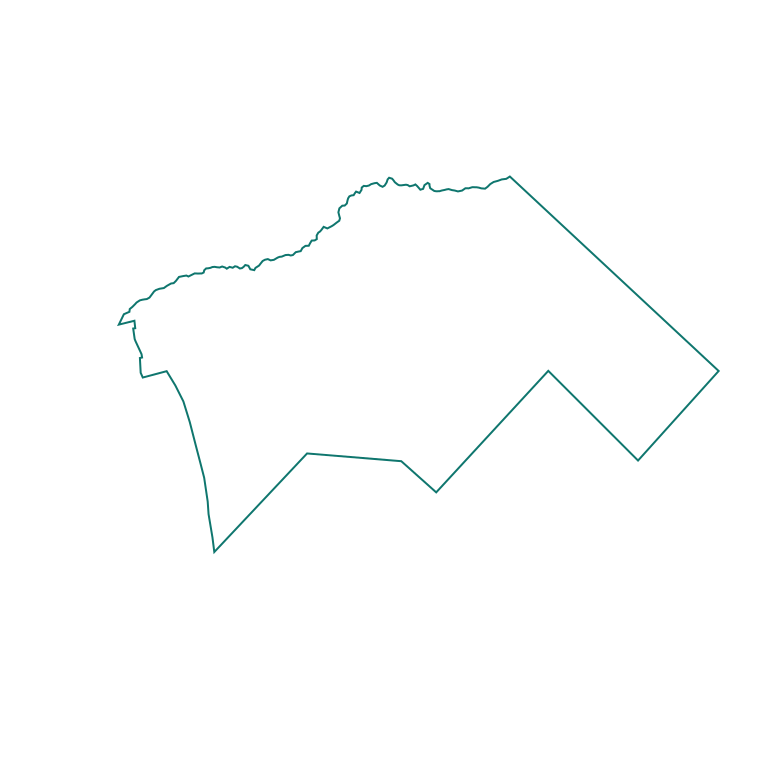 San Martín, Mendoza, Argentina, rotated 42°
{"feature_id": "61730980B45978264735485", "entity_name": "San Martín", "entity_type": "district", "adm_level": 2, "iso_a3": "ARG", "parent_name": "Argentina", "parent_adm1": "Mendoza", "projection": "equal_earth", "projection_center": [-68.452, -32.954], "detail": "fine", "context": "isolated", "style": "outline", "palette": "teal", "viewbox_px": 768, "rotation_deg": 42, "n_neighbors": 0, "source": "geoboundaries", "source_scale": "gbopen_adm2", "svg_char_len": 2469}
<svg xmlns="http://www.w3.org/2000/svg" viewBox="0 0 768 768"><g transform="rotate(42 384 384)"><path d="M624.0,270.9L624.0,150.4L338.7,145.6L337.6,149.7L334.6,153.2L332.7,156.8L330.3,160.5L329.2,164.3L329.0,168.2L328.4,171.2L325.4,173.5L323.1,174.6L321.1,175.9L317.9,178.7L316.0,181.9L313.5,184.1L312.6,188.0L310.1,191.4L307.1,192.9L304.8,194.4L303.3,195.1L301.6,195.9L300.3,197.5L299.2,199.2L297.5,201.5L296.3,203.5L293.9,205.8L292.2,206.9L287.4,207.6L285.3,206.3L284.0,205.0L281.9,205.3L281.0,209.1L282.5,212.8L281.0,215.3L276.2,214.7L273.8,214.7L273.0,216.7L270.8,219.9L268.5,220.3L267.0,221.2L264.1,224.6L262.4,226.1L260.7,226.6L257.1,226.8L254.3,226.2L252.6,226.0L249.8,227.3L249.8,229.5L251.1,232.5L251.7,236.1L251.0,238.4L248.1,239.3L244.1,239.3L242.6,241.1L240.7,244.1L240.0,246.6L238.5,248.8L236.4,250.3L236.0,252.9L237.4,254.8L238.0,258.4L234.5,259.7L234.7,261.9L235.1,264.0L233.6,265.7L232.7,267.7L233.1,270.0L234.0,271.9L235.6,274.7L235.4,277.7L233.7,279.4L233.3,283.3L235.2,286.9L238.3,289.0L240.4,290.3L241.5,292.6L240.8,295.8L240.1,299.7L239.5,301.8L237.8,306.3L234.0,307.6L234.4,311.5L234.4,313.6L233.9,315.5L234.6,318.7L237.1,321.3L236.4,323.7L234.3,325.8L234.9,329.0L235.6,331.6L233.2,333.9L232.4,337.6L233.2,341.0L231.9,342.7L230.2,345.1L230.0,349.1L228.7,350.9L226.6,351.9L224.5,354.1L222.8,357.7L221.3,359.4L220.4,361.2L219.8,363.1L219.1,365.4L217.0,368.0L214.1,368.9L212.4,371.3L211.5,373.8L211.7,377.2L211.9,379.6L210.8,383.7L211.4,386.2L207.9,388.2L204.1,386.9L201.3,388.4L201.3,390.8L200.9,392.9L199.6,394.6L196.4,395.1L194.5,396.2L193.8,398.8L190.9,400.3L190.0,403.5L188.1,403.7L185.1,405.0L183.9,407.4L181.6,409.1L179.8,410.2L178.2,411.9L177.3,413.8L175.8,415.8L174.5,417.1L174.3,419.8L175.4,421.8L174.6,423.8L171.6,426.6L169.3,428.5L166.7,435.0L164.6,435.6L162.6,438.1L160.0,441.6L160.4,446.7L160.2,449.8L158.5,451.8L157.0,456.3L156.2,460.0L153.4,463.5L151.6,466.9L151.2,469.1L151.6,473.2L151.9,476.7L150.9,479.6L149.5,481.2L148.0,483.1L146.6,485.2L145.6,489.0L145.6,491.3L145.4,495.1L144.9,498.4L146.5,500.7L144.0,506.2L147.2,517.3L156.2,504.0L161.8,509.0L160.5,510.6L168.6,517.4L170.8,518.5L181.6,523.1L183.9,524.1L186.5,526.2L185.2,528.0L195.7,538.5L200.4,540.6L213.9,519.9L226.2,523.6L229.9,524.7L246.6,531.2L265.2,542.3L285.4,555.7L301.2,566.1L313.1,574.0L331.6,589.3L340.7,598.1L359.3,612.9L370.3,622.4L372.3,532.2L373.3,487.1L448.5,429.8L495.3,429.6L497.3,264.3L624.0,270.9Z" fill="none" stroke="#0f766e" stroke-width="2"/></g></svg>